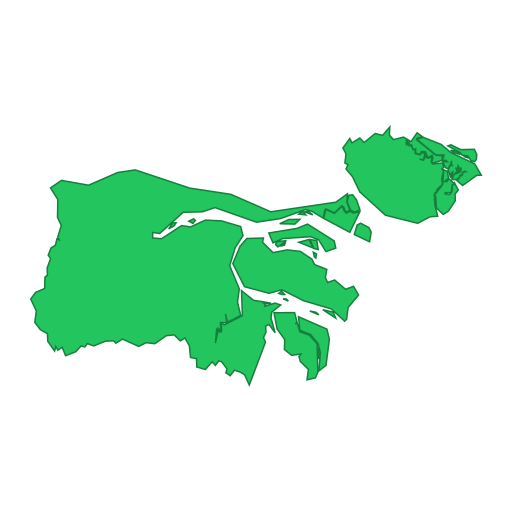 Tana Tidung, Kalimantan Timur, Indonesia (Equal Earth projection)
{"feature_id": "22746128B22343651246279", "entity_name": "Tana Tidung", "entity_type": "district", "adm_level": 2, "iso_a3": "IDN", "parent_name": "Indonesia", "parent_adm1": "Kalimantan Timur", "projection": "equal_earth", "projection_center": [117.34, 3.554], "detail": "fine", "context": "isolated", "style": "filled", "palette": "green", "viewbox_px": 512, "rotation_deg": 0, "n_neighbors": 0, "source": "geoboundaries", "source_scale": "gbopen_adm2", "svg_char_len": 6127}
<svg xmlns="http://www.w3.org/2000/svg" viewBox="0 0 512 512"><path d="M269.1,324.6L275.1,332.8L271.0,317.9L271.8,312.1L280.7,305.0L275.1,303.1L264.8,306.2L265.7,304.2L264.6,303.9L262.2,301.7L253.5,300.3L241.5,290.6L242.4,315.7L224.2,324.9L221.1,322.8L221.6,331.0L219.8,332.1L217.8,329.3L217.9,331.9L215.4,343.1L216.6,329.3L218.0,328.2L220.9,331.3L220.4,322.5L226.8,322.7L225.4,313.9L227.6,322.2L240.7,315.3L237.5,302.2L239.3,288.8L229.7,265.7L235.2,247.7L243.0,235.7L240.6,226.5L221.6,220.9L205.4,220.1L190.6,226.9L181.5,225.6L161.6,238.7L152.7,238.0L152.7,232.5L159.7,233.5L183.2,212.3L202.4,211.8L215.0,207.6L256.5,222.2L280.4,218.6L305.5,209.6L311.6,211.1L323.1,218.1L324.7,210.5L325.9,208.9L334.5,212.9L341.8,205.7L343.6,207.0L345.8,212.3L349.9,210.2L346.8,201.9L347.4,193.8L335.8,202.2L270.8,211.8L230.8,194.3L189.8,188.1L135.3,169.9L117.7,172.5L88.6,185.2L61.5,180.4L50.5,187.9L57.8,199.5L57.5,217.4L61.3,225.5L57.8,236.9L59.2,239.8L57.0,238.7L55.4,245.2L51.0,248.0L48.2,255.2L50.6,258.6L47.2,267.7L47.4,275.2L45.0,277.0L44.6,288.5L35.7,292.3L30.7,299.0L36.3,310.9L34.8,322.4L40.3,329.6L47.5,333.7L47.7,341.2L54.6,351.0L55.8,346.5L57.8,350.2L62.2,347.3L65.6,355.7L75.7,351.8L81.0,346.0L84.8,347.0L87.3,343.6L93.8,345.9L105.4,341.2L113.7,340.8L115.8,343.2L122.6,339.1L138.6,346.4L146.2,342.7L154.9,343.7L166.3,335.7L174.2,334.9L180.3,340.9L185.0,338.0L189.4,345.9L190.5,357.5L196.5,358.6L196.8,367.0L205.4,369.5L212.1,361.8L215.4,365.4L218.8,360.8L221.6,361.7L227.0,368.9L225.9,372.8L230.2,375.7L234.5,370.2L240.2,372.1L244.6,374.8L249.3,385.0L265.5,342.1L263.5,337.6L266.0,332.1L265.6,326.0L269.1,324.6ZM389.4,135.1L389.8,127.0L382.5,135.4L375.2,133.5L364.1,142.5L359.8,138.0L352.0,142.9L349.8,138.5L342.9,148.0L346.0,153.9L344.9,163.0L348.0,164.6L346.0,168.9L352.5,176.7L359.8,191.9L385.4,215.2L417.7,223.3L430.0,216.8L437.7,216.2L435.0,205.5L434.4,198.6L435.4,196.8L434.3,196.6L434.2,195.2L435.0,192.9L437.0,191.1L436.9,189.6L442.5,184.3L441.7,179.0L443.4,171.3L442.1,169.4L443.6,167.1L442.5,163.0L432.6,164.0L431.2,161.8L432.2,156.8L427.8,158.3L425.9,156.7L425.3,153.6L424.9,157.9L423.4,160.2L419.5,159.1L423.5,159.7L425.1,152.3L423.0,153.2L421.3,152.1L420.7,154.4L419.9,154.9L415.1,153.5L415.4,149.1L413.2,149.9L411.5,146.5L411.3,145.1L409.6,145.8L408.9,145.6L409.0,142.8L408.0,144.5L406.8,144.6L406.2,143.7L406.3,142.4L407.4,141.2L405.5,140.4L407.6,140.9L406.9,144.3L409.1,142.3L409.0,145.3L411.4,144.8L413.2,149.5L415.7,148.9L415.5,153.0L419.9,154.4L421.4,151.5L425.3,151.7L428.0,157.6L432.1,155.3L433.0,157.9L431.8,161.9L432.8,163.1L441.8,160.4L442.6,155.9L435.7,155.2L416.7,139.8L416.7,138.8L417.9,138.0L422.6,136.8L417.1,132.8L411.0,141.6L403.6,137.1L393.5,139.6L389.4,135.1ZM263.4,238.0L246.8,238.5L240.0,246.4L232.8,263.6L244.5,286.7L269.1,293.3L281.9,289.7L303.2,300.6L331.3,308.9L344.7,321.2L346.6,319.2L348.1,307.6L358.6,295.0L353.5,286.3L345.6,289.3L334.6,280.0L327.6,282.5L325.4,277.5L326.8,269.4L314.6,264.6L311.9,259.1L300.3,251.4L287.2,249.9L273.0,252.6L262.6,242.3L263.4,238.0ZM307.0,379.8L315.4,377.9L317.8,372.4L317.1,343.8L309.4,335.2L299.8,331.8L297.0,322.3L296.6,323.5L295.4,324.1L297.0,321.9L294.6,312.6L274.0,312.7L277.1,329.0L284.7,339.5L284.4,349.5L291.6,355.3L300.9,354.1L299.0,356.6L300.3,361.5L308.4,369.3L307.0,379.8ZM423.1,137.3L416.9,139.3L435.9,154.9L444.1,155.0L442.4,160.9L445.7,160.1L447.4,161.8L442.9,161.5L445.3,167.6L448.2,168.7L449.4,166.0L450.9,164.2L450.9,162.5L451.8,160.9L451.2,164.6L450.6,164.6L452.4,165.2L452.5,165.6L450.4,165.2L448.1,169.8L450.8,177.8L450.9,174.3L451.5,172.7L452.8,171.9L451.2,178.6L453.0,175.2L457.2,171.4L455.7,167.4L457.5,171.1L458.0,165.8L459.1,167.5L458.4,172.7L461.2,167.5L460.7,172.0L454.1,174.4L452.0,179.6L457.3,179.5L457.6,178.4L459.4,177.4L459.7,175.6L462.3,174.3L462.8,172.1L464.7,171.1L465.9,171.7L463.0,172.2L462.6,174.5L461.7,175.7L460.0,175.7L459.6,177.5L457.7,179.9L456.5,180.2L462.6,185.5L476.7,175.4L481.3,175.2L474.8,163.9L450.9,152.6L441.2,144.4L423.1,137.3ZM334.2,240.9L307.6,224.1L296.9,228.4L268.8,233.0L273.0,242.9L282.6,238.6L310.5,236.7L318.7,239.8L325.9,251.6L335.8,248.1L334.2,240.9ZM326.9,329.1L298.5,316.7L299.8,330.2L310.6,334.5L318.1,343.6L320.4,352.7L318.9,370.9L326.0,365.4L329.4,339.2L326.9,329.1ZM448.7,178.1L447.1,171.2L442.5,169.3L443.6,171.0L442.7,184.5L434.5,195.2L435.7,196.7L436.5,208.0L443.2,214.4L448.3,211.3L455.3,200.8L455.1,194.0L458.3,190.1L454.8,183.4L454.7,184.3L452.3,185.2L452.1,191.3L450.6,193.7L448.9,194.6L447.5,194.4L445.4,193.0L445.0,194.8L445.2,192.7L451.2,192.6L452.2,184.9L454.5,183.9L448.8,178.6L447.1,181.5L445.0,181.6L444.6,181.4L448.7,178.1ZM344.4,211.3L342.0,206.2L334.4,213.4L325.8,209.5L323.7,218.4L349.8,232.3L359.9,211.6L353.6,213.0L349.8,211.3L346.5,213.1L344.4,211.3ZM369.6,241.8L371.2,232.1L368.8,227.5L360.6,223.2L357.1,225.1L354.3,234.5L369.6,241.8ZM460.8,149.6L450.9,144.8L447.9,145.9L459.7,152.3L462.3,155.3L467.7,155.9L471.0,160.6L474.7,161.6L476.3,159.4L476.8,154.7L474.4,149.3L460.8,149.6ZM348.9,195.2L347.1,201.7L350.5,210.0L354.7,212.2L359.9,209.8L356.5,199.8L352.6,194.8L348.9,195.2ZM299.9,219.3L288.9,219.5L279.7,223.7L294.9,224.1L299.9,219.3ZM308.9,239.5L298.8,242.2L313.1,248.0L308.9,239.5ZM310.1,239.5L313.8,248.5L318.2,249.5L316.8,240.6L310.1,239.5ZM333.2,312.1L322.8,309.7L335.7,318.1L333.2,312.1ZM277.9,246.9L285.4,241.6L285.8,240.7L276.8,241.6L275.6,244.5L277.9,246.9ZM176.1,222.9L172.7,222.9L168.7,228.9L174.0,225.9L176.1,222.9ZM192.9,223.4L195.4,220.3L193.6,218.8L188.8,221.2L192.9,223.4ZM303.0,211.8L300.5,212.7L298.8,214.1L305.8,214.9L303.0,211.8ZM316.0,312.3L309.8,311.0L318.9,314.8L316.0,312.3ZM312.9,214.9L308.4,211.3L304.8,211.9L312.9,214.9ZM460.3,154.6L456.7,151.3L450.6,150.2L453.3,152.2L460.3,154.6ZM318.5,359.1L319.7,353.5L318.4,347.4L317.8,350.5L318.5,359.1ZM315.8,258.1L316.5,253.9L313.3,252.2L314.3,256.7L315.8,258.1ZM264.6,303.6L271.1,303.2L262.7,301.7L264.6,303.6ZM284.6,294.5L281.6,291.2L278.7,293.4L282.4,294.6L284.6,294.5ZM280.2,246.2L284.4,245.2L285.0,243.6L280.2,246.2ZM468.4,157.9L466.7,155.9L463.4,155.6L464.9,156.9L468.4,157.9ZM288.4,301.1L286.3,299.0L283.0,298.8L288.4,301.1Z" fill="#22c55e" stroke="#15803d" stroke-width="1.5"/></svg>